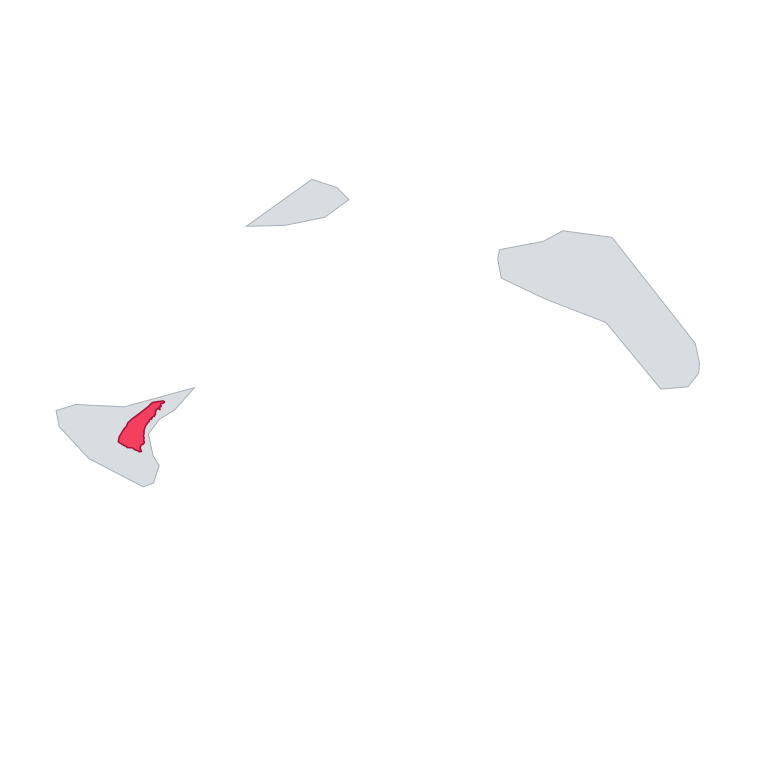 Mutsamudu, Andjouân, Comoros shown in context, rotated 137°
{"feature_id": "10938185B74704582538531", "entity_name": "Mutsamudu", "entity_type": "district", "adm_level": 2, "iso_a3": "COM", "parent_name": "Comoros", "parent_adm1": "Andjouân", "projection": "orthographic", "projection_center": [44.366, -12.183], "detail": "fine", "context": "in_parent", "style": "filled", "palette": "rose", "viewbox_px": 768, "rotation_deg": 137, "n_neighbors": 0, "source": "geoboundaries", "source_scale": "gbopen_adm2", "svg_char_len": 3907}
<svg xmlns="http://www.w3.org/2000/svg" viewBox="0 0 768 768"><g transform="rotate(137 384 384)"><path d="M215.6,397.9L207.8,403.5L170.2,379.7L148.8,374.2L117.2,335.6L128.7,201.5L138.8,184.3L146.3,177.3L163.7,174.7L185.0,191.4L179.7,277.6L207.9,335.6L226.0,381.5L215.6,397.9ZM630.2,472.9L650.8,530.8L650.6,574.4L641.9,588.2L623.5,579.3L589.6,544.5L525.1,510.6L554.7,507.8L572.0,511.3L590.3,508.2L601.8,489.1L604.0,477.7L620.1,468.7L630.2,472.9ZM348.4,567.7L377.2,593.3L297.2,582.9L284.5,559.8L283.9,542.7L313.8,546.4L348.4,567.7Z" fill="#d9dde1" stroke="#a8b0b8" stroke-width="1"/><path d="M613.6,526.0L617.7,523.0L617.4,521.0L616.9,519.4L616.3,517.3L615.8,515.4L615.1,514.6L615.2,512.7L614.6,512.1L613.5,510.9L612.4,509.8L611.6,508.7L611.2,506.8L610.9,505.2L610.5,504.8L609.6,503.1L609.2,501.3L608.5,500.6L607.4,500.2L607.2,500.6L607.1,500.8L606.9,501.2L606.9,501.4L606.9,501.6L606.5,502.0L606.4,502.1L606.5,502.3L606.8,502.3L606.7,502.6L606.5,502.8L606.4,503.0L606.1,503.5L605.8,503.7L605.6,503.9L605.3,504.1L605.0,504.2L604.6,504.3L604.3,504.3L604.2,504.5L603.9,504.8L603.6,504.8L603.4,504.9L603.0,505.0L602.7,505.0L602.3,504.9L602.3,504.7L602.2,504.6L601.9,504.5L601.7,504.4L601.4,504.2L601.2,504.2L601.1,504.3L600.9,504.4L600.9,504.5L600.7,504.5L600.4,504.5L600.2,504.4L600.1,504.5L599.7,504.6L599.8,504.6L599.6,504.7L599.4,504.6L599.2,504.7L599.1,504.8L598.9,505.0L598.7,505.2L598.8,505.4L598.8,505.5L598.7,505.6L598.5,505.9L598.5,506.0L598.4,506.4L598.1,506.6L598.0,506.8L597.7,507.1L597.4,507.3L597.2,507.5L596.7,507.9L596.5,508.0L596.1,508.3L595.9,508.5L595.9,508.8L595.8,509.1L595.8,509.4L595.8,509.7L595.7,509.8L595.6,510.0L595.4,510.1L595.1,510.4L594.9,510.5L594.4,510.7L594.0,510.9L593.8,511.0L593.7,511.1L593.4,511.3L593.2,511.5L592.9,511.8L592.6,512.2L592.5,512.3L592.4,512.5L592.2,512.8L592.0,513.0L591.8,513.0L591.6,513.2L591.4,513.4L591.3,513.5L591.1,513.7L590.9,513.8L590.7,513.9L590.5,514.0L590.3,514.1L590.2,514.1L590.0,514.3L589.9,514.4L589.7,514.5L589.4,514.7L589.3,514.8L589.1,515.0L588.8,515.2L588.6,515.3L588.4,515.4L588.2,515.5L587.6,515.7L587.2,515.8L586.9,515.9L586.8,516.0L586.7,516.0L586.4,516.0L586.1,516.2L585.7,516.3L584.8,516.4L584.2,516.5L583.8,516.6L583.6,516.6L583.3,516.7L583.2,516.7L582.3,516.7L582.1,516.7L581.8,516.7L581.5,516.8L581.3,516.9L581.1,516.9L580.9,517.1L580.7,517.3L580.5,517.5L580.3,517.6L580.0,517.6L579.9,517.7L579.9,517.8L579.1,517.9L578.8,517.9L578.6,517.8L578.6,517.7L578.4,517.4L578.3,517.5L578.2,517.4L578.1,517.2L578.0,517.4L577.8,517.2L577.6,517.3L577.4,517.5L577.1,517.8L576.9,517.8L576.8,517.7L576.7,517.6L576.6,517.4L576.4,517.5L576.2,517.5L575.7,517.8L575.3,517.8L575.0,517.7L574.5,517.5L574.5,517.4L574.2,517.3L574.1,517.2L574.0,517.5L573.9,517.6L573.6,517.6L572.9,517.6L572.5,517.6L572.2,517.4L572.0,517.6L571.8,517.8L571.6,518.1L571.6,518.3L571.4,518.5L571.0,518.8L570.5,519.1L570.4,519.2L570.2,519.1L569.9,519.3L569.8,519.5L569.6,519.8L569.5,520.0L569.3,520.3L569.1,520.3L568.9,520.1L568.7,520.2L568.1,520.3L568.0,520.5L567.8,520.5L567.6,520.5L567.2,520.3L567.0,520.2L566.9,520.4L566.7,520.4L566.3,520.4L566.2,520.4L565.9,520.3L565.9,520.2L565.7,519.9L565.7,519.4L565.6,518.9L565.5,518.5L565.4,518.2L565.2,518.3L565.1,518.2L564.9,518.3L565.0,518.6L565.0,519.3L564.9,519.5L564.9,519.8L564.8,520.0L564.6,520.4L564.4,520.5L564.0,520.2L563.8,520.2L563.5,520.0L563.4,520.0L563.1,519.7L562.8,519.5L562.7,519.5L562.4,519.5L562.2,519.5L562.1,519.8L562.0,520.0L562.0,520.3L562.1,520.6L562.0,520.8L561.8,521.0L561.4,521.3L561.2,521.4L560.7,521.5L560.4,521.4L559.6,521.1L559.3,520.8L559.0,520.8L558.8,520.8L558.5,520.8L558.4,520.7L558.1,520.6L557.9,520.4L557.7,520.4L557.4,520.4L557.2,520.4L556.8,520.5L556.9,522.0L561.9,525.8L562.6,526.1L564.9,527.8L567.1,528.5L572.2,528.2L574.1,528.5L578.2,528.8L582.4,529.2L591.5,530.3L597.6,530.4L601.9,528.5L603.8,528.7L608.0,527.6L613.6,526.0Z" fill="#f43f5e" stroke="#9f1239" stroke-width="1.5"/></g></svg>